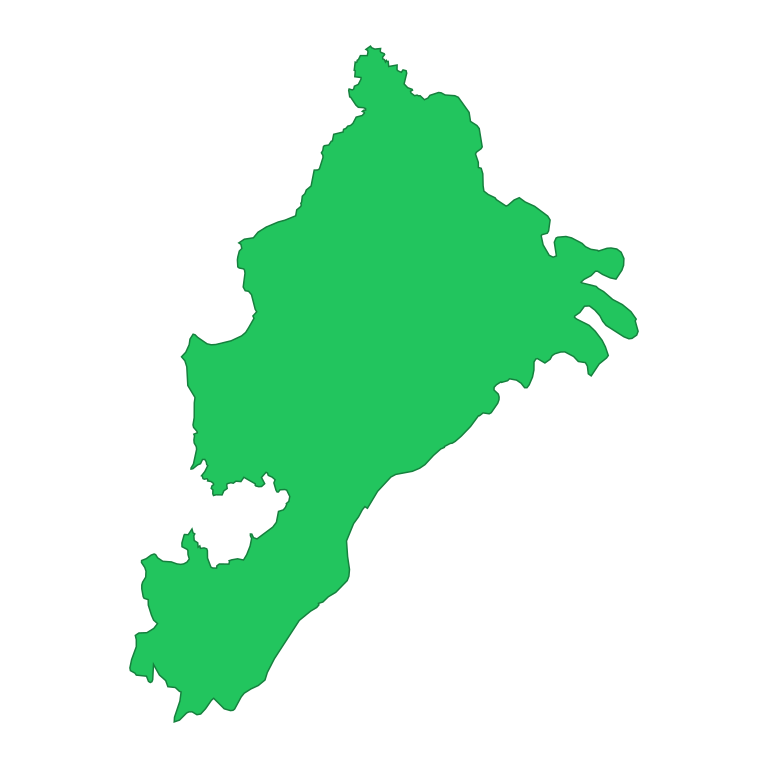 Jhalokati, Barisal, Bangladesh
{"feature_id": "16705992B14602656752780", "entity_name": "Jhalokati", "entity_type": "district", "adm_level": 2, "iso_a3": "BGD", "parent_name": "Bangladesh", "parent_adm1": "Barisal", "projection": "albers", "projection_center": [90.166, 22.562], "detail": "fine", "context": "isolated", "style": "filled", "palette": "green", "viewbox_px": 768, "rotation_deg": 0, "n_neighbors": 0, "source": "geoboundaries", "source_scale": "gbopen_adm2", "svg_char_len": 6067}
<svg xmlns="http://www.w3.org/2000/svg" viewBox="0 0 768 768"><path d="M367.4,508.3L377.6,491.3L390.9,477.0L395.8,474.4L412.4,471.3L419.7,468.2L425.0,464.6L433.4,455.5L440.7,449.0L444.4,447.4L444.4,446.5L450.1,443.5L452.4,443.1L455.2,441.4L461.4,436.0L470.6,426.4L478.5,415.7L479.4,415.8L483.1,412.9L489.2,413.8L491.2,412.7L497.7,403.3L499.0,399.7L499.1,397.0L498.3,394.1L494.0,390.0L494.1,387.3L496.5,384.7L500.9,381.9L501.5,382.4L507.6,380.7L509.5,378.8L516.5,380.1L521.1,383.2L524.6,387.7L527.0,387.7L529.2,384.8L532.5,377.1L533.9,370.1L534.0,362.0L535.8,359.0L537.5,358.6L544.9,363.0L550.1,359.3L552.1,355.7L554.8,353.8L560.7,352.0L564.9,351.9L573.6,356.5L578.3,361.5L585.4,362.6L587.4,366.1L588.3,373.8L591.2,375.9L599.2,363.9L606.5,358.0L608.3,355.5L605.4,346.9L602.1,340.3L595.2,331.2L589.2,325.4L576.5,319.0L574.5,317.3L574.8,316.0L579.9,312.4L584.5,306.2L589.4,305.9L594.9,310.1L599.9,315.8L602.7,321.2L606.1,325.4L623.9,336.8L628.9,338.8L632.0,338.4L636.7,335.1L638.1,331.3L635.2,320.9L636.2,319.1L630.9,311.6L622.5,304.7L612.7,299.5L603.6,291.6L598.4,288.6L596.1,286.4L581.9,282.9L581.0,282.2L584.0,279.4L591.1,275.6L595.5,271.2L597.7,271.3L602.5,274.4L610.3,277.9L616.0,279.1L621.9,270.2L623.6,265.3L623.9,258.5L621.1,252.2L616.8,249.0L611.0,248.0L607.0,248.3L598.3,251.1L597.8,250.4L590.8,249.3L585.5,246.7L582.1,243.4L571.6,237.9L566.0,236.5L557.8,237.2L556.1,238.0L554.3,242.2L556.4,255.9L553.1,257.2L549.2,255.3L543.1,244.8L541.2,235.8L541.9,234.7L547.3,233.2L548.6,230.9L550.1,220.0L547.7,216.1L534.6,206.3L525.2,202.0L519.3,197.7L514.1,200.0L508.2,205.1L506.1,206.1L496.3,199.6L495.1,197.8L488.2,194.5L483.9,191.1L483.1,185.7L482.8,173.8L481.2,168.3L478.4,167.5L478.3,162.3L475.5,154.0L476.4,152.2L481.1,148.7L482.2,146.9L479.2,128.5L476.9,125.5L470.5,121.4L469.1,112.4L458.3,97.3L454.8,95.7L445.2,95.0L441.1,92.8L438.6,92.5L430.0,95.3L427.9,98.1L424.4,99.7L420.1,95.7L418.7,95.9L417.1,95.1L414.6,95.7L410.9,92.9L410.5,91.3L412.5,90.2L412.1,89.3L407.7,87.7L404.1,83.9L406.7,73.2L406.1,70.7L403.0,69.9L401.3,72.3L398.1,70.9L397.0,69.8L397.1,65.0L388.7,66.5L388.2,61.4L387.1,61.5L386.3,60.4L385.5,62.0L384.2,59.5L382.8,59.0L382.6,57.1L384.6,54.6L384.2,53.7L380.8,52.3L380.2,51.2L380.6,48.5L374.8,49.1L371.6,47.7L370.5,46.1L365.9,49.4L367.6,50.4L368.0,52.0L367.3,55.6L360.4,55.6L358.5,59.5L357.2,60.3L357.0,61.9L356.1,62.5L355.2,62.1L354.2,70.3L355.1,70.5L355.2,71.8L354.8,76.7L361.0,77.5L361.0,79.2L358.3,84.4L354.4,86.2L353.7,89.1L352.3,89.9L349.1,89.0L348.7,90.3L349.7,96.9L350.8,97.4L355.9,105.1L358.3,107.3L363.5,107.7L365.6,108.6L365.6,110.1L363.8,110.2L362.3,111.4L364.3,112.3L364.4,113.1L362.2,115.5L356.2,117.1L352.9,123.4L350.5,125.5L347.8,126.1L345.8,128.5L343.6,129.3L343.1,132.0L333.7,134.3L332.4,140.9L331.2,141.3L328.8,145.0L324.3,145.7L323.4,146.7L322.8,150.5L321.4,152.8L322.9,155.3L323.0,157.5L319.4,168.9L317.6,170.0L314.2,170.1L311.1,186.0L306.3,190.0L304.9,193.7L302.3,196.2L301.6,202.1L300.8,203.3L301.3,205.1L300.7,206.5L296.7,209.9L295.7,215.8L284.9,220.2L278.2,222.0L266.3,227.0L258.0,232.2L253.4,237.8L244.3,239.2L238.8,242.9L240.9,244.3L241.8,248.5L239.3,251.1L237.8,257.0L237.4,259.8L237.8,266.9L239.2,268.0L243.7,268.9L244.5,270.1L245.0,273.2L243.2,287.0L245.2,290.7L248.6,291.3L251.5,294.7L255.2,309.3L256.7,311.8L252.9,316.0L254.0,318.3L248.7,327.6L245.7,332.4L241.6,335.9L231.1,340.8L215.9,344.5L211.3,344.8L207.0,343.8L197.6,337.3L195.1,334.8L193.1,334.2L190.0,339.1L189.2,344.7L185.8,352.2L181.5,356.8L184.9,360.8L186.8,366.8L187.8,385.5L195.0,397.5L194.3,402.8L194.2,417.6L193.0,424.9L193.6,427.4L197.0,431.4L197.3,432.8L193.8,434.2L194.5,435.8L193.9,439.9L194.2,443.0L196.3,446.7L196.6,449.4L193.4,464.1L191.0,468.1L191.0,469.1L192.9,468.7L197.6,464.9L200.5,463.7L202.5,459.5L204.8,459.4L206.2,461.7L206.7,464.5L207.8,465.6L204.8,471.6L201.5,475.8L202.3,476.1L203.0,478.6L204.3,479.2L207.0,478.7L207.9,479.8L207.6,480.9L211.2,481.6L213.4,483.4L213.6,484.7L212.0,485.8L211.2,488.4L212.9,489.8L212.8,493.8L213.5,495.5L216.0,494.8L222.1,494.9L223.8,490.9L227.2,488.5L226.7,485.0L227.2,483.7L230.9,482.7L233.3,483.2L235.9,481.2L240.9,481.6L243.9,477.3L255.3,483.8L255.2,485.3L255.9,486.0L258.8,486.7L261.6,486.5L264.7,483.7L261.5,477.5L266.0,472.3L267.4,473.0L268.3,475.4L272.1,477.1L275.1,479.7L273.9,482.9L276.0,490.2L277.1,492.0L278.4,492.0L280.0,489.8L284.7,489.5L286.7,490.1L289.8,496.5L288.8,501.4L286.3,503.6L286.7,504.4L285.4,507.4L283.3,509.9L278.5,511.4L276.4,522.3L272.8,527.1L257.0,538.9L253.5,537.7L251.8,534.1L250.4,534.0L250.4,535.7L251.6,538.4L250.1,546.1L246.7,554.7L243.5,560.0L237.6,558.8L231.8,559.8L229.1,560.7L229.5,561.5L228.9,564.1L219.3,564.0L216.9,565.8L216.6,568.1L212.6,568.0L210.9,567.1L207.5,558.1L207.4,550.7L206.7,548.8L204.1,547.9L200.5,548.4L199.8,545.9L198.1,547.2L197.7,542.8L194.2,540.5L193.8,535.7L194.8,533.9L193.0,532.8L192.0,529.0L188.2,534.7L184.5,534.5L184.1,535.0L181.9,543.0L182.0,546.7L187.0,549.3L187.9,550.4L188.0,554.6L189.3,559.0L186.9,562.2L183.7,563.9L180.7,564.4L176.9,563.9L171.3,561.9L162.8,561.3L157.6,557.8L155.6,554.6L154.1,554.0L151.1,555.1L146.2,558.7L141.6,560.5L141.5,562.5L144.8,567.5L146.0,571.3L145.7,577.1L142.6,582.2L141.8,585.0L141.8,588.9L143.2,596.7L144.1,598.3L148.2,599.6L148.3,605.1L151.4,615.0L153.6,620.1L157.5,623.6L153.8,628.4L146.9,632.7L138.9,633.0L135.3,635.4L136.3,639.6L136.3,646.7L131.6,659.6L129.9,667.9L130.4,670.6L134.9,673.1L136.3,675.1L146.5,676.2L148.5,681.4L150.3,682.5L151.9,681.7L152.7,679.7L153.5,664.4L159.4,675.0L165.7,680.6L167.9,686.7L175.3,687.5L179.4,691.3L181.1,692.0L179.9,701.1L174.5,717.2L174.2,721.9L179.5,720.1L186.6,713.0L188.9,711.9L192.1,711.8L196.9,714.7L200.7,714.0L205.5,708.8L211.4,700.3L213.7,698.3L224.2,708.8L230.5,710.6L233.0,710.3L234.6,709.1L241.2,696.9L244.2,693.2L251.0,688.9L258.3,685.5L265.0,680.0L267.3,672.5L274.4,658.7L299.3,620.4L310.5,611.2L316.8,607.4L318.9,604.9L318.4,603.4L322.9,602.0L328.4,596.7L335.9,592.2L347.2,580.6L348.9,576.2L349.5,569.5L347.6,556.7L346.5,540.9L353.6,523.6L358.6,516.7L362.3,509.8L364.9,506.6L367.4,508.3Z" fill="#22c55e" stroke="#15803d" stroke-width="1.5"/></svg>